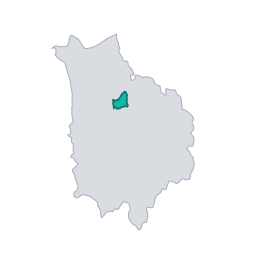 Stowbtsy, Minsk, Belarus (highlighted), rotated 79°
{"feature_id": "67162791B19818766020383", "entity_name": "Stowbtsy", "entity_type": "district", "adm_level": 2, "iso_a3": "BLR", "parent_name": "Belarus", "parent_adm1": "Minsk", "projection": "robinson", "projection_center": [26.677, 53.605], "detail": "fine", "context": "in_parent", "style": "filled", "palette": "teal", "viewbox_px": 256, "rotation_deg": 79, "n_neighbors": 0, "source": "geoboundaries", "source_scale": "gbopen_adm2", "svg_char_len": 6641}
<svg xmlns="http://www.w3.org/2000/svg" viewBox="0 0 256 256"><g transform="rotate(79 128 128)"><path d="M210.8,171.3L206.7,171.1L201.8,171.2L199.1,172.7L196.1,172.0L194.0,172.8L189.2,177.0L187.4,179.2L185.7,182.6L184.6,185.1L185.3,186.9L186.2,188.5L186.5,190.3L186.9,191.7L185.8,192.7L185.1,194.1L183.0,193.9L180.5,192.5L179.9,190.5L178.0,189.1L176.7,188.3L174.6,188.2L171.2,188.9L166.9,189.4L163.5,189.5L161.8,190.2L159.1,190.9L158.1,190.1L156.5,187.8L155.3,185.5L154.4,184.5L153.7,184.3L152.8,184.3L151.8,185.0L151.1,185.8L148.3,186.6L147.1,187.5L145.8,189.6L144.9,189.4L144.0,188.9L142.9,186.6L141.4,186.0L139.1,186.0L136.2,185.5L133.9,184.8L133.0,185.0L131.7,186.0L130.2,186.1L126.9,185.2L126.2,185.6L124.4,188.2L123.5,188.3L123.0,188.0L123.2,185.8L121.3,185.0L118.1,184.8L115.8,185.2L114.7,185.1L114.2,184.6L111.4,180.9L109.9,180.6L107.3,180.8L103.4,180.4L99.0,179.5L96.5,179.2L95.3,178.3L92.5,178.1L85.2,176.5L82.1,176.2L77.7,176.1L71.0,175.8L66.7,176.0L64.6,176.5L62.3,176.8L54.3,177.3L51.4,177.7L50.6,178.5L49.6,180.2L46.3,183.2L43.1,185.2L42.5,185.4L40.6,184.4L39.0,184.0L37.2,183.9L35.9,184.2L35.1,184.7L35.1,187.0L33.6,184.5L33.8,182.0L34.6,180.6L35.5,179.3L35.2,177.4L36.2,174.8L36.2,173.0L35.8,172.2L35.1,171.3L33.0,170.3L32.1,169.5L29.3,168.4L26.6,167.1L26.1,166.3L26.3,165.7L26.8,164.9L28.9,162.4L31.3,160.0L32.8,159.1L40.7,156.0L41.9,154.9L42.2,153.1L42.2,149.4L41.7,146.1L41.2,143.8L39.8,139.4L35.9,130.5L33.6,121.2L35.2,121.7L38.9,121.9L41.9,121.3L43.4,121.2L44.7,121.4L48.6,120.9L49.6,121.7L51.3,122.5L54.7,121.4L57.7,120.1L60.9,120.2L61.3,119.6L62.1,116.3L63.1,115.6L66.8,115.9L68.2,115.3L69.7,113.7L71.9,112.7L73.7,112.7L75.6,111.6L76.6,112.3L77.0,113.7L76.4,114.8L76.6,115.2L78.0,115.7L80.2,115.7L81.7,115.3L82.0,114.6L82.0,113.5L81.7,112.5L80.7,111.6L78.9,111.1L77.7,111.1L77.5,110.5L77.9,109.3L79.0,107.0L80.4,104.9L81.3,104.2L81.4,103.4L81.2,102.2L81.2,100.0L82.5,96.8L84.1,94.5L86.4,93.7L89.1,93.3L90.8,92.2L91.7,90.9L92.4,89.0L93.3,88.6L99.8,88.8L100.7,86.8L101.3,86.3L102.6,85.7L103.4,85.0L103.1,84.5L101.4,84.1L97.5,83.8L96.7,83.2L97.0,82.4L98.0,80.4L99.0,77.8L99.5,75.7L99.6,74.5L100.2,74.2L103.3,73.8L104.4,73.4L107.1,70.7L109.2,70.2L114.6,70.9L117.0,70.9L120.1,71.1L120.4,70.8L121.5,68.1L126.8,63.7L129.6,62.2L131.4,61.9L132.0,61.9L134.8,64.2L135.5,64.3L137.4,63.4L140.7,63.3L142.2,64.1L144.4,66.9L145.5,67.2L148.7,65.7L150.4,65.1L151.6,65.2L157.6,67.4L158.1,68.1L158.1,68.9L157.3,71.4L158.5,73.0L160.0,74.1L163.1,72.3L164.2,71.8L165.4,71.8L167.1,71.2L168.3,70.2L169.4,69.8L171.6,70.1L175.6,69.8L180.3,71.4L180.7,71.9L183.1,73.7L183.9,74.6L184.7,74.9L186.0,75.8L187.6,76.3L188.8,76.1L189.3,76.4L189.9,77.1L190.0,78.3L189.9,81.7L188.3,83.5L188.1,84.1L188.2,84.9L189.5,86.3L191.3,88.6L191.7,89.9L191.8,90.9L189.5,93.9L188.8,94.6L188.3,96.1L188.0,97.6L188.2,98.2L192.2,100.6L195.1,101.9L195.8,102.5L195.8,102.9L194.4,105.4L194.2,106.1L196.6,107.2L197.9,108.9L199.1,111.6L201.4,114.2L209.7,118.0L210.5,118.7L210.8,119.5L210.6,121.3L209.2,124.7L210.6,125.2L214.2,125.1L218.7,125.5L224.0,127.9L224.1,129.0L223.6,130.0L224.0,131.0L224.6,131.9L229.3,134.6L229.8,135.4L229.9,136.7L229.8,137.6L228.5,137.8L227.1,138.3L224.9,139.4L224.0,141.1L220.3,143.3L218.0,144.3L216.2,144.4L211.8,143.9L210.2,142.8L209.5,141.8L207.8,141.3L205.6,141.3L202.5,141.5L201.9,141.8L201.4,143.0L200.1,145.2L199.2,146.4L203.3,150.6L205.3,152.3L206.0,153.4L206.0,154.1L205.1,155.0L205.3,156.8L207.3,159.2L206.6,159.6L206.5,162.5L206.6,165.6L207.2,166.3L208.2,166.9L209.1,168.1L210.7,170.7L210.8,171.3Z" fill="#d9dde1" stroke="#a8b0b8" stroke-width="1"/><path d="M105.9,123.6L105.6,123.7L105.3,123.8L105.1,123.8L104.9,123.9L104.6,123.9L104.5,124.0L104.3,124.0L104.3,124.3L104.5,124.3L104.5,124.5L104.3,124.6L104.2,124.7L103.9,124.5L103.7,124.5L103.4,124.5L103.2,124.4L103.2,124.2L102.8,124.1L102.7,124.2L102.4,124.2L102.1,124.1L101.9,124.2L101.7,124.2L101.4,124.1L101.2,124.0L100.8,123.9L100.6,123.9L100.4,123.9L100.2,123.7L99.9,123.5L99.6,123.4L99.2,123.4L98.9,123.4L98.7,123.3L98.4,123.3L98.2,123.4L97.9,123.4L97.6,123.3L97.4,123.3L97.1,123.2L96.8,123.0L96.7,123.0L96.5,122.9L96.4,122.9L96.2,122.7L96.1,122.4L95.8,122.5L95.6,122.5L95.2,122.5L94.8,122.6L94.6,122.7L94.3,122.7L94.2,122.7L94.0,122.8L93.9,123.0L93.7,123.1L93.5,123.3L93.3,123.3L93.1,123.2L92.8,123.1L92.7,123.3L92.3,123.4L92.1,123.5L92.3,123.8L92.3,124.0L91.9,124.3L91.7,124.4L91.8,124.5L91.9,124.8L91.9,125.0L92.1,125.0L92.3,125.0L92.6,125.0L92.8,125.1L92.8,125.3L92.7,125.4L92.7,125.5L92.8,125.8L92.8,126.0L92.6,126.1L92.7,126.4L92.8,126.7L93.0,126.9L93.2,127.2L93.3,127.2L93.4,127.4L93.4,127.6L93.6,127.8L93.9,127.9L94.3,127.9L94.7,128.0L94.8,128.1L94.8,128.3L94.7,128.6L94.8,128.8L95.0,128.9L95.4,128.9L95.6,129.3L96.0,129.7L96.3,130.0L96.6,130.3L96.9,130.6L97.2,130.9L97.5,131.2L97.7,131.4L97.8,131.5L98.0,131.6L98.3,131.6L98.5,131.6L98.6,131.8L98.5,132.2L98.6,132.3L98.3,132.6L98.1,132.7L97.9,132.9L97.9,133.0L98.1,133.2L98.3,133.3L98.5,133.3L98.7,133.5L98.8,133.7L98.8,133.9L98.8,134.2L98.7,134.3L98.6,134.5L98.7,135.0L99.0,135.5L99.2,135.8L99.2,136.1L98.8,136.3L98.1,136.4L97.9,136.4L97.9,136.6L97.8,136.8L97.7,136.9L97.4,137.0L97.3,137.3L97.6,137.5L97.8,137.5L98.1,137.5L98.4,137.5L98.5,137.4L98.8,137.4L99.0,137.5L99.3,137.7L99.5,137.7L99.8,137.6L100.1,137.5L100.5,137.5L100.8,137.5L101.0,137.7L101.0,137.8L100.9,137.8L100.8,138.0L101.0,138.1L101.3,138.0L101.5,138.0L101.8,138.1L102.0,138.0L102.1,137.9L102.3,137.9L102.5,137.9L102.7,138.0L102.9,138.0L103.1,138.1L103.4,138.1L103.6,138.1L103.8,138.0L103.9,137.9L103.9,137.7L104.0,137.6L104.3,137.7L104.3,137.8L104.4,138.0L104.5,138.1L104.9,138.2L105.1,138.2L105.3,138.1L105.5,138.0L105.9,138.1L106.0,138.1L105.9,137.9L105.9,137.5L105.9,137.3L105.9,136.9L106.0,136.8L106.0,136.6L105.9,136.4L105.6,136.3L105.4,136.3L105.3,136.2L105.5,136.0L105.6,135.9L105.7,135.7L105.9,135.4L106.1,135.3L106.2,135.2L106.3,135.2L106.5,135.0L106.8,135.0L107.1,135.1L107.3,135.0L107.2,134.9L107.3,134.7L107.2,134.4L107.0,134.1L107.0,133.7L107.1,133.3L107.2,133.2L107.3,132.6L107.3,132.4L107.3,132.2L107.2,132.1L107.0,131.9L107.0,131.7L106.9,131.5L106.9,131.3L106.7,131.3L106.4,131.3L106.2,131.2L106.3,131.0L106.4,130.9L106.4,130.6L106.5,130.1L106.5,129.7L106.4,129.6L106.2,129.4L106.1,129.1L106.1,128.9L106.0,128.6L106.1,128.3L106.1,128.2L106.3,128.2L106.5,127.9L106.4,127.7L106.2,127.6L105.9,127.4L105.7,127.3L105.7,127.1L105.8,126.9L106.0,126.8L106.0,126.6L106.1,126.4L106.1,126.2L106.3,126.1L106.5,126.0L106.6,125.9L106.7,125.7L106.8,125.4L106.9,125.2L106.9,124.9L107.0,124.8L107.1,124.7L106.9,124.5L106.7,124.4L106.4,124.4L106.2,124.2L106.2,123.9L106.0,123.7L105.9,123.6Z" fill="#14b8a6" stroke="#0f766e" stroke-width="1.5"/></g></svg>